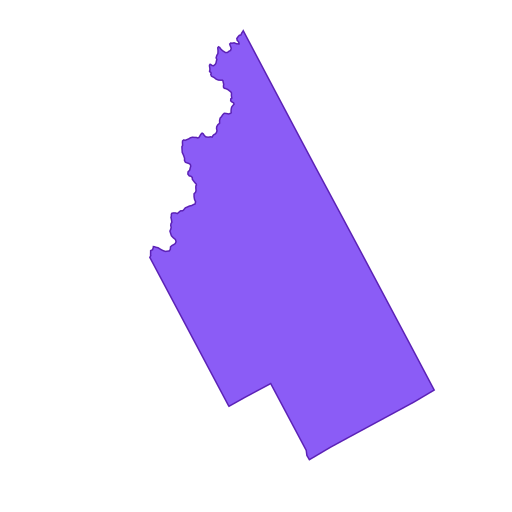 outline of Glacier, Montana, United States of America, rotated 62°
{"feature_id": "52423323B15863349555914", "entity_name": "Glacier", "entity_type": "district", "adm_level": 2, "iso_a3": "USA", "parent_name": "United States of America", "parent_adm1": "Montana", "projection": "robinson", "projection_center": [-113.626, 48.654], "detail": "fine", "context": "isolated", "style": "filled", "palette": "violet", "viewbox_px": 512, "rotation_deg": 62, "n_neighbors": 0, "source": "geoboundaries", "source_scale": "gbopen_adm2", "svg_char_len": 2805}
<svg xmlns="http://www.w3.org/2000/svg" viewBox="0 0 512 512"><g transform="rotate(62 256 256)"><path d="M207.4,350.4L374.8,350.5L376.0,350.4L375.6,332.5L375.5,302.9L451.2,302.9L456.0,304.7L460.9,304.5L459.8,280.1L459.6,260.2L459.1,184.8L458.0,161.6L410.9,161.5L376.5,161.5L335.3,161.5L300.2,161.5L257.9,161.6L205.5,161.8L172.9,161.8L115.8,161.7L51.1,161.5L51.5,162.1L52.4,163.9L53.8,165.7L53.3,167.0L53.8,168.5L54.9,170.8L56.8,171.4L58.5,170.9L60.2,171.1L60.8,171.5L59.4,173.6L57.5,175.2L56.8,177.5L56.1,178.2L56.5,179.7L58.0,180.0L60.9,180.3L62.6,182.0L62.5,183.6L62.9,185.8L62.0,187.5L58.9,189.2L56.1,190.1L54.9,190.1L53.7,190.9L54.2,192.0L57.0,193.2L59.4,194.6L60.4,196.3L62.3,198.2L64.1,198.3L65.2,199.4L66.6,200.5L67.6,201.9L68.1,204.1L67.2,205.4L65.8,206.0L65.2,206.5L65.7,207.5L66.7,208.0L68.8,208.7L70.3,209.5L71.0,210.3L71.8,210.3L72.2,209.8L73.6,209.8L74.4,210.7L76.3,210.9L77.6,210.0L78.9,209.1L81.1,208.2L83.0,206.6L84.4,204.3L84.9,203.2L85.6,202.9L86.8,203.3L89.2,203.9L90.7,205.0L92.0,205.5L93.1,205.2L93.9,204.2L95.5,202.9L97.4,202.0L99.3,201.2L100.5,201.1L102.8,202.4L105.3,203.3L105.4,204.5L107.1,205.5L108.8,204.9L110.2,203.9L111.6,204.1L112.4,206.1L113.1,207.6L114.6,208.9L116.5,210.1L117.8,210.6L118.1,211.5L117.9,212.3L117.8,213.4L116.1,215.5L115.1,217.0L115.6,218.9L116.1,219.9L116.8,221.1L117.4,222.9L119.2,224.5L121.7,225.8L122.2,228.1L123.4,230.0L124.9,231.0L127.2,231.7L128.4,233.0L129.1,234.5L129.1,236.1L129.4,237.3L130.4,238.9L129.3,240.4L129.0,241.8L128.1,243.3L127.0,244.6L124.4,245.2L123.4,245.2L122.2,245.9L122.3,246.6L122.9,248.0L124.0,249.7L124.6,250.8L124.4,252.1L123.3,253.0L122.3,254.8L121.3,256.3L120.8,258.4L121.0,260.3L120.8,262.3L120.6,264.3L119.6,265.3L119.9,266.8L121.1,267.6L122.6,268.3L123.9,268.9L124.7,270.1L126.2,270.8L127.7,271.5L129.9,272.5L133.2,272.7L136.2,273.2L138.1,274.3L140.1,274.3L141.7,272.9L142.7,271.9L144.3,271.0L146.0,271.4L147.2,272.6L149.1,274.3L149.8,276.5L151.7,277.7L154.0,277.3L154.9,276.1L156.7,275.4L158.4,276.2L160.3,275.9L163.1,275.4L164.3,275.0L165.4,275.3L165.9,276.2L167.7,277.2L170.0,278.2L171.3,279.4L172.0,281.5L174.7,282.9L177.1,283.7L179.8,283.9L181.5,285.5L181.2,287.1L181.3,288.9L180.6,291.4L180.5,293.6L180.3,295.8L181.4,298.4L181.6,299.5L180.7,301.5L181.1,303.3L181.6,305.5L180.1,307.0L179.1,308.9L178.8,310.4L179.6,311.3L180.8,311.9L182.1,313.0L183.6,313.4L185.1,313.9L186.7,314.5L187.5,315.8L188.9,316.9L191.0,317.5L192.4,318.8L193.6,320.3L196.1,320.8L198.4,321.2L201.0,320.5L203.6,319.4L205.9,319.9L207.1,321.5L207.3,323.0L207.3,325.2L207.8,327.2L210.0,328.6L210.8,330.3L210.2,331.8L209.4,333.9L207.4,335.7L205.5,337.0L202.7,338.6L201.2,340.4L200.2,341.2L199.5,342.2L200.3,342.7L201.9,344.4L201.8,346.5L203.8,347.6L205.8,348.7L206.2,348.7L207.4,350.4Z" fill="#8b5cf6" stroke="#5b21b6" stroke-width="1.5"/></g></svg>